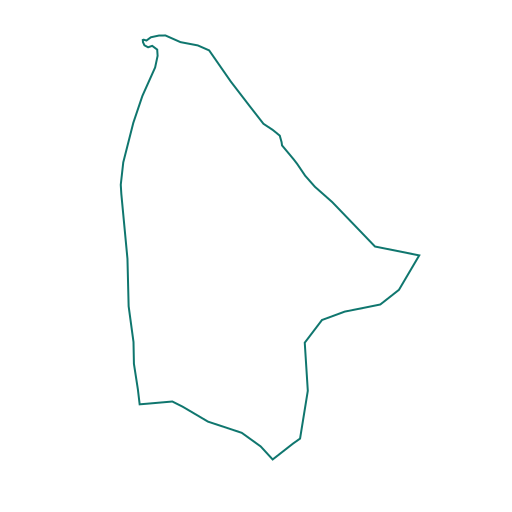 the district of Bonny, Rivers, Nigeria, rotated 103°
{"feature_id": "59680162B83694422254145", "entity_name": "Bonny", "entity_type": "district", "adm_level": 2, "iso_a3": "NGA", "parent_name": "Nigeria", "parent_adm1": "Rivers", "projection": "mercator", "projection_center": [7.217, 4.46], "detail": "fine", "context": "isolated", "style": "outline", "palette": "teal", "viewbox_px": 512, "rotation_deg": 103, "n_neighbors": 0, "source": "geoboundaries", "source_scale": "gbopen_adm2", "svg_char_len": 856}
<svg xmlns="http://www.w3.org/2000/svg" viewBox="0 0 512 512"><g transform="rotate(103 256 256)"><path d="M303.5,177.3L290.2,157.0L282.7,140.3L275.3,124.0L256.8,109.1L218.7,97.1L220.0,142.2L186.3,193.9L175.3,214.2L171.0,220.2L166.7,226.2L157.0,236.6L153.4,241.0L142.4,255.5L139.3,256.7L133.4,259.9L129.5,267.8L125.5,278.5L111.2,296.1L91.7,319.8L66.2,347.9L63.9,360.1L64.6,377.7L61.5,393.8L63.0,400.1L66.5,407.6L70.7,411.2L70.5,414.1L71.0,414.9L73.1,414.2L75.8,412.1L76.9,408.1L74.6,404.4L77.1,398.7L83.1,396.9L95.0,396.7L125.5,402.7L153.8,405.5L194.6,406.4L217.0,403.8L225.8,401.2L287.7,380.6L333.6,368.8L367.4,356.0L388.5,350.7L412.5,341.1L426.7,336.0L424.2,328.2L416.6,304.8L419.3,293.7L428.2,265.5L431.5,230.1L440.5,208.6L450.5,194.0L430.4,177.7L424.0,172.0L375.7,175.2L329.5,189.0L303.5,177.3Z" fill="none" stroke="#0f766e" stroke-width="2"/></g></svg>